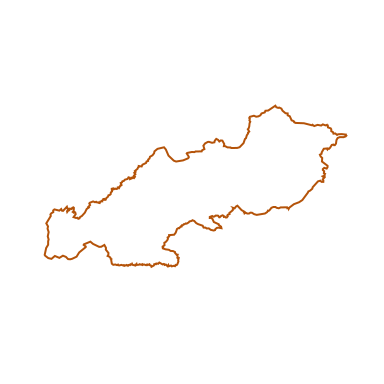 Santa Rosa Del Sur, Bolívar, Colombia, rotated 42°
{"feature_id": "7082276B21319796766403", "entity_name": "Santa Rosa Del Sur", "entity_type": "district", "adm_level": 2, "iso_a3": "COL", "parent_name": "Colombia", "parent_adm1": "Bolívar", "projection": "robinson", "projection_center": [-74.241, 7.761], "detail": "fine", "context": "isolated", "style": "outline", "palette": "amber", "viewbox_px": 384, "rotation_deg": 42, "n_neighbors": 0, "source": "geoboundaries", "source_scale": "gbopen_adm2", "svg_char_len": 6061}
<svg xmlns="http://www.w3.org/2000/svg" viewBox="0 0 384 384"><g transform="rotate(42 192 192)"><path d="M166.5,292.5L170.7,293.2L171.8,294.6L172.1,296.0L173.8,295.4L175.3,295.4L176.3,296.1L177.0,295.8L177.8,296.9L180.4,298.9L182.2,298.8L183.5,297.2L185.0,296.6L185.6,295.5L186.1,295.8L187.1,295.2L188.3,293.4L190.8,292.3L190.5,291.8L191.9,291.0L192.1,290.1L192.8,290.0L193.4,289.1L193.9,289.4L194.6,287.1L195.0,287.2L195.0,286.6L195.9,286.2L195.7,285.6L196.5,285.9L199.0,284.6L198.7,283.9L199.2,283.8L199.1,282.9L199.6,283.3L201.3,281.5L201.4,280.7L202.9,280.1L203.3,279.0L204.1,279.3L204.7,278.0L206.9,277.1L207.1,275.9L208.0,275.9L208.7,274.2L209.6,274.6L210.8,274.1L211.9,274.7L212.8,272.1L212.3,270.9L212.8,270.7L213.0,269.7L213.6,269.6L213.7,268.6L214.9,268.0L214.9,266.3L218.6,265.5L219.2,264.3L219.8,264.1L220.5,264.5L221.2,263.4L223.4,263.5L223.3,262.2L224.3,262.9L225.6,260.7L226.7,260.8L227.7,259.2L229.0,258.5L228.7,257.5L229.5,257.5L229.1,257.3L229.5,256.5L229.4,255.4L228.4,252.8L227.4,252.0L226.4,250.2L226.0,250.8L225.2,250.7L225.2,250.2L223.9,249.1L223.0,249.0L223.0,248.4L222.4,248.8L220.4,248.7L219.6,248.0L217.4,248.6L215.5,250.1L213.5,250.4L210.7,252.3L208.1,253.4L207.5,253.1L207.5,252.4L206.7,252.1L207.2,250.0L205.4,248.2L205.9,246.8L205.9,244.4L205.4,242.8L204.3,242.1L204.8,240.3L203.8,239.4L207.3,235.7L207.1,233.1L205.6,229.5L206.1,227.8L206.7,227.5L206.7,225.0L207.3,224.7L206.8,223.6L207.3,223.3L207.5,221.3L208.0,221.0L208.4,219.5L209.2,219.1L209.9,216.8L209.8,215.6L211.1,213.7L211.2,212.7L213.1,212.0L215.9,212.3L218.0,211.8L222.5,209.9L224.4,210.7L225.9,209.4L227.3,209.3L228.8,207.8L231.2,207.6L233.9,206.1L234.6,204.9L234.2,204.1L234.5,202.0L235.5,200.8L238.1,199.2L236.8,198.3L234.0,198.6L233.4,198.1L228.3,199.7L225.2,198.3L223.6,198.4L222.6,199.4L221.9,198.6L223.1,196.3L224.4,196.1L225.1,195.1L225.3,193.8L226.7,192.5L227.4,192.1L229.1,192.6L229.5,192.3L229.7,190.2L230.4,188.8L231.9,188.6L232.4,189.1L232.9,188.4L234.1,188.4L234.9,187.6L234.8,186.2L234.0,185.9L233.8,185.0L234.7,183.3L233.8,182.6L234.5,178.3L233.8,177.5L234.2,176.3L233.3,176.2L234.6,175.6L234.4,173.4L234.9,171.8L241.0,172.3L244.1,171.6L244.3,172.2L244.9,171.7L244.7,172.0L245.4,172.6L245.7,171.5L247.5,171.0L248.8,169.8L249.2,168.3L250.4,167.3L253.0,166.9L255.4,165.7L260.6,159.2L261.3,156.6L260.9,155.0L261.6,154.7L261.8,153.7L261.6,150.6L262.5,148.7L264.1,147.3L265.5,147.1L267.4,146.0L268.2,144.1L272.9,139.8L273.7,140.3L274.5,139.3L275.1,139.7L274.8,138.4L275.9,132.8L278.4,128.0L279.4,124.2L278.5,114.7L278.1,113.8L278.8,112.1L279.2,109.1L278.5,107.7L278.5,99.8L279.8,97.7L281.5,97.8L282.8,96.6L282.0,95.6L280.7,95.1L280.7,93.0L278.6,93.0L279.3,91.6L280.0,91.5L278.9,90.4L278.7,89.5L277.4,89.8L276.3,88.1L274.5,88.1L273.9,87.4L274.1,85.6L276.4,84.5L276.1,82.8L275.2,81.8L268.2,82.4L266.0,79.6L263.8,79.5L262.1,78.7L262.7,76.9L261.9,75.8L261.0,71.7L263.0,69.5L264.2,69.8L264.0,68.6L264.9,68.3L265.0,66.8L264.4,63.5L265.4,62.1L266.2,62.2L266.8,61.6L266.6,59.7L264.6,56.7L264.1,54.4L265.1,52.3L267.9,49.9L269.0,47.9L269.0,47.1L268.4,47.3L267.9,46.4L264.5,48.8L261.9,51.4L261.6,52.5L259.3,52.6L258.1,54.0L256.8,53.2L254.8,53.6L253.5,52.2L252.5,51.9L249.8,53.0L248.4,51.7L247.7,52.2L247.3,51.9L246.6,53.2L244.0,54.2L243.5,56.2L240.4,58.1L238.7,61.2L236.6,61.4L236.6,62.1L229.2,66.0L222.7,71.4L221.3,71.8L220.8,71.3L219.5,71.5L218.1,72.1L214.0,70.3L211.8,71.0L210.5,69.6L208.8,70.9L204.8,71.0L202.6,70.2L200.3,70.9L199.8,71.8L197.9,72.6L196.2,72.1L194.1,80.5L192.2,82.5L192.8,84.2L191.1,87.1L191.5,89.3L190.7,91.4L189.3,93.1L187.0,93.9L184.7,97.4L185.0,98.7L186.0,98.9L186.8,100.4L188.3,100.8L188.7,102.3L190.7,105.0L191.6,107.1L191.5,108.0L194.1,108.8L193.9,110.4L194.5,110.9L194.8,113.2L196.1,115.9L195.9,117.2L197.6,121.2L197.4,126.9L196.1,129.0L191.7,133.1L190.9,133.1L188.5,135.1L185.8,135.8L185.0,136.6L183.9,134.8L180.2,133.5L178.9,134.4L178.5,136.2L176.5,135.8L174.5,136.3L174.6,138.6L175.4,140.1L174.0,142.0L171.0,143.4L170.2,144.3L169.2,147.2L169.5,150.0L172.5,151.8L171.6,154.1L172.0,155.4L167.5,159.5L167.2,160.6L165.0,162.5L162.3,166.2L162.3,166.9L165.9,167.9L166.5,168.5L166.5,169.7L164.2,174.5L159.8,180.0L157.5,180.9L150.2,180.7L144.1,177.9L141.3,177.5L137.5,183.0L136.9,186.9L137.9,188.6L138.1,191.2L137.2,193.9L138.0,195.6L137.7,197.2L138.6,198.3L137.8,199.7L138.4,201.2L136.9,204.9L137.5,206.7L135.2,208.2L135.8,208.6L135.4,209.7L136.0,211.2L135.5,214.6L136.6,214.8L136.3,216.4L138.0,216.6L137.9,218.6L139.4,218.8L139.6,220.5L139.0,220.7L139.2,220.0L138.5,219.9L137.7,221.5L138.2,222.0L137.3,223.9L136.2,223.0L135.0,223.6L135.4,225.4L133.9,227.7L133.9,229.5L133.1,230.6L133.5,231.7L133.0,233.0L134.4,233.7L134.4,234.4L134.9,234.3L134.6,236.2L135.1,237.7L134.2,237.7L133.7,238.3L134.4,239.4L133.6,240.6L132.6,240.9L132.3,241.8L131.1,241.9L130.2,243.3L130.7,243.8L131.6,243.4L131.4,244.4L132.2,245.1L132.0,246.7L133.0,248.0L132.8,249.5L132.1,250.3L132.7,251.9L132.4,253.8L133.0,255.6L132.1,256.4L131.4,255.9L130.8,256.6L131.2,257.5L130.9,258.7L131.5,259.1L130.3,260.4L130.8,262.0L130.1,262.4L129.6,262.1L128.5,263.3L127.3,263.4L126.8,264.5L124.8,265.2L123.2,268.5L123.4,269.3L125.0,269.9L124.9,272.6L125.7,272.6L125.1,275.1L126.2,279.0L126.2,283.6L125.6,285.3L126.0,286.9L125.4,288.0L124.2,287.7L123.2,288.9L120.8,289.9L120.4,286.3L118.9,285.3L117.8,285.5L117.4,285.7L117.7,286.5L116.8,286.6L116.9,285.6L116.1,284.4L114.8,282.8L114.1,282.8L113.6,283.9L113.9,285.2L112.5,286.0L113.0,287.7L112.4,288.4L112.6,290.3L112.0,289.9L111.6,287.0L110.3,287.6L108.9,286.7L108.8,292.3L107.9,292.9L106.2,292.2L105.9,294.6L101.4,297.0L101.2,298.6L102.4,299.8L101.7,301.9L101.8,303.4L103.1,304.3L104.7,312.8L108.0,313.9L109.2,315.9L112.3,317.7L114.5,321.5L117.2,323.2L118.0,324.8L120.4,327.5L121.1,331.2L124.6,337.3L125.6,337.6L129.4,337.3L132.3,335.7L132.9,331.3L137.5,329.7L138.7,325.7L141.7,324.6L144.8,324.8L146.5,323.5L147.6,321.9L149.5,317.3L148.6,312.4L149.9,304.1L149.5,303.6L146.9,303.8L146.7,303.2L149.7,296.9L153.2,296.8L159.7,294.9L161.2,293.4L162.3,290.0L165.5,291.1L166.5,292.5Z" fill="none" stroke="#b45309" stroke-width="2"/></g></svg>